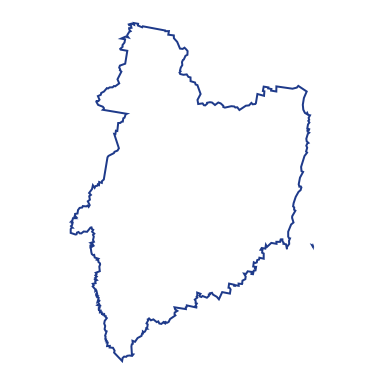 Clarence Valley, New South Wales, Australia (Robinson projection)
{"feature_id": "25037944B11916296746250", "entity_name": "Clarence Valley", "entity_type": "district", "adm_level": 2, "iso_a3": "AUS", "parent_name": "Australia", "parent_adm1": "New South Wales", "projection": "robinson", "projection_center": [152.635, -29.694], "detail": "fine", "context": "isolated", "style": "outline", "palette": "blue", "viewbox_px": 384, "rotation_deg": 0, "n_neighbors": 0, "source": "geoboundaries", "source_scale": "gbopen_adm2", "svg_char_len": 5912}
<svg xmlns="http://www.w3.org/2000/svg" viewBox="0 0 384 384"><path d="M122.1,361.0L122.6,358.0L124.1,356.6L126.3,356.8L127.2,355.8L129.5,355.5L132.1,355.9L133.3,354.4L131.9,354.2L131.4,346.4L131.8,344.3L132.8,343.8L132.5,340.8L135.0,341.8L137.6,338.0L141.5,335.9L142.1,333.5L142.9,333.5L142.9,331.5L143.9,332.2L145.0,331.5L146.3,328.9L147.2,328.8L146.3,328.0L147.3,327.1L147.7,324.4L146.5,323.4L148.1,320.5L147.8,319.5L149.2,319.1L148.4,317.8L150.9,320.3L153.4,319.4L156.7,322.1L158.3,321.4L159.3,323.5L161.4,323.9L163.7,321.9L164.3,322.1L163.8,322.8L165.3,323.5L165.8,322.1L167.0,322.8L168.6,322.0L170.1,319.0L175.4,315.4L174.5,314.2L174.7,312.5L177.3,310.9L175.2,309.5L174.5,307.3L185.9,309.1L185.8,307.3L186.7,306.8L186.8,305.4L196.3,307.5L196.4,306.6L195.4,305.9L196.8,303.5L195.6,303.0L195.7,301.1L194.8,299.6L197.3,297.6L196.6,296.7L197.3,295.6L197.2,292.6L200.5,293.8L199.4,295.7L199.9,296.5L201.4,297.0L202.5,296.0L206.9,297.7L208.9,295.9L208.8,294.5L210.1,294.3L209.9,293.3L212.0,292.8L213.0,294.6L216.8,296.8L218.9,299.3L222.2,292.1L229.9,293.6L230.6,289.4L229.6,287.9L228.5,287.7L229.1,283.6L234.1,284.7L234.0,285.7L234.9,285.9L235.0,285.1L238.7,285.8L238.6,283.6L242.8,284.1L242.1,283.6L242.5,280.6L245.3,279.2L245.7,276.6L244.0,273.6L246.0,273.9L247.7,271.3L251.7,271.9L251.4,274.0L253.0,274.2L253.7,270.7L255.5,270.4L256.0,267.3L255.0,267.8L255.1,266.8L253.2,266.5L253.8,262.3L255.2,263.0L256.8,262.4L257.2,260.1L259.1,259.5L259.4,257.7L263.7,258.7L263.7,253.5L262.1,252.7L262.4,250.0L260.6,249.8L261.7,248.0L265.3,248.6L265.9,244.9L267.0,246.9L271.3,242.9L276.5,243.8L276.4,241.8L280.0,241.9L280.7,239.4L281.7,239.3L282.4,239.3L282.5,241.5L283.6,242.6L283.4,243.8L286.0,244.3L287.0,249.3L286.9,247.1L289.2,243.9L289.0,240.8L290.0,238.4L289.0,238.2L288.2,236.6L288.2,231.7L291.1,224.5L293.5,222.5L292.1,217.9L292.2,216.2L295.4,210.7L294.1,209.7L294.2,207.4L293.1,206.4L293.6,203.2L295.7,196.9L298.5,191.9L300.6,190.1L301.4,187.4L300.7,186.4L299.4,186.7L298.7,184.3L300.0,177.6L303.1,171.9L301.5,171.1L301.1,166.9L304.5,156.0L307.1,152.6L306.1,151.5L307.2,147.7L306.3,145.7L307.4,143.3L308.4,142.9L306.7,141.3L306.3,138.8L307.8,133.9L309.2,132.7L307.6,131.6L307.4,130.4L308.9,130.0L309.2,129.2L307.3,128.4L308.0,124.4L309.4,122.5L308.3,120.9L309.2,119.8L308.6,117.9L310.0,115.3L308.1,114.9L307.2,112.9L306.6,113.9L304.9,112.9L303.3,109.7L302.8,104.8L303.9,98.0L306.7,91.5L298.3,85.9L296.8,87.6L292.5,88.7L276.4,86.4L276.3,91.5L271.1,90.6L271.4,89.0L268.2,88.4L268.4,87.4L263.7,86.6L262.9,91.0L264.4,91.3L264.0,95.8L257.4,94.0L255.9,103.2L255.3,104.0L252.7,104.3L251.4,102.9L249.0,105.4L245.9,105.7L239.4,110.0L237.3,107.3L235.3,107.5L234.3,106.5L231.3,106.2L224.9,107.6L223.3,107.0L223.3,105.8L220.7,103.4L218.3,102.5L215.0,105.0L212.0,102.5L209.9,102.2L207.1,102.8L207.1,103.7L205.2,105.4L203.9,105.2L202.6,103.4L198.2,104.0L197.5,99.9L200.6,94.0L197.4,85.1L195.6,84.5L195.0,82.5L190.6,81.2L190.5,77.4L188.4,76.9L186.7,74.4L183.4,74.8L180.2,74.0L179.5,72.5L180.6,71.3L180.0,70.5L180.8,67.5L182.3,65.1L182.0,62.1L182.9,60.0L183.8,59.5L185.5,55.8L187.4,54.8L187.6,51.1L186.4,49.6L184.5,47.7L182.7,48.9L180.0,48.6L177.2,41.9L173.9,38.2L173.8,35.4L168.3,34.7L168.9,31.1L165.3,31.2L165.2,30.5L142.8,26.3L142.2,27.3L137.9,25.5L138.1,23.8L133.6,23.0L134.0,24.7L131.6,23.6L128.8,24.4L129.2,25.2L130.9,25.4L131.5,27.8L129.1,28.2L129.3,29.7L130.6,31.2L129.3,31.8L127.4,34.8L127.1,35.8L128.3,37.4L125.6,36.6L121.1,38.6L125.1,39.3L124.5,42.5L122.5,45.1L122.6,46.8L120.2,48.9L120.6,49.6L127.3,50.8L125.2,63.7L119.9,65.6L119.2,67.6L120.2,69.4L119.9,70.2L121.4,71.6L117.5,79.3L119.2,83.4L115.2,86.3L114.0,86.0L112.6,87.3L109.6,87.4L108.0,88.5L106.9,88.1L104.0,91.5L101.2,93.0L100.8,94.8L97.9,96.1L99.5,99.7L98.4,101.1L96.6,101.0L96.3,101.7L98.1,104.9L102.8,106.7L103.8,107.9L103.9,108.9L102.9,109.8L126.8,113.8L125.7,114.3L124.5,117.7L123.3,118.3L122.8,121.6L121.6,121.7L120.4,122.9L118.2,123.0L117.3,131.0L115.9,130.7L115.4,134.1L114.2,133.9L118.9,148.3L117.5,150.6L114.5,151.8L113.9,153.1L108.5,155.9L107.5,157.3L103.8,179.5L102.0,181.1L101.8,182.9L99.2,182.0L99.0,185.0L97.8,184.4L97.5,185.7L95.5,186.1L94.6,187.8L92.9,185.3L92.0,189.1L89.1,193.0L90.9,194.9L89.2,196.2L89.9,199.7L87.8,201.3L89.7,205.1L88.6,206.9L87.6,205.6L86.3,206.4L82.8,206.1L82.2,207.5L79.6,207.9L78.0,210.1L77.5,213.5L75.1,213.9L75.0,215.8L75.8,216.7L74.5,216.5L74.3,217.2L75.6,218.2L73.0,218.2L72.3,220.5L71.1,221.7L72.2,221.8L71.9,222.8L72.6,222.9L72.1,225.0L71.0,226.1L72.5,227.7L71.6,227.7L70.7,229.1L70.7,232.9L75.4,234.5L76.5,234.3L77.0,232.6L78.5,232.0L79.7,233.3L81.3,233.4L83.7,231.5L87.1,231.8L90.5,227.6L91.5,227.4L92.0,229.1L93.2,229.8L92.1,231.7L94.3,233.7L93.0,234.9L93.8,236.7L93.0,240.0L93.9,241.8L90.6,242.9L92.5,244.1L90.4,245.4L90.4,246.6L92.5,244.9L93.5,245.8L90.7,247.5L91.3,252.0L91.8,254.0L93.2,255.2L94.2,254.9L94.7,257.5L98.3,258.7L96.9,259.8L98.3,260.3L98.4,261.9L100.0,263.4L100.1,264.6L99.3,266.6L99.8,271.2L95.7,272.8L96.6,274.0L95.4,275.4L96.8,276.5L95.1,278.0L96.7,279.9L95.3,279.9L95.9,280.7L95.2,281.3L95.6,283.2L92.8,283.8L93.7,285.3L92.7,286.4L95.3,289.4L95.3,290.5L95.9,289.8L96.4,290.6L97.2,294.0L96.1,294.2L96.2,295.5L97.8,296.0L96.4,297.6L97.5,297.0L98.7,297.8L97.8,300.9L98.6,300.1L100.1,301.0L98.6,300.8L98.1,302.3L99.0,303.8L97.4,305.1L98.7,305.5L99.4,304.7L100.2,305.7L99.3,306.2L99.7,307.0L99.0,307.6L99.4,308.1L98.7,308.9L98.9,310.1L99.9,310.3L99.9,312.0L100.6,311.5L100.5,312.3L101.7,312.3L101.9,313.9L102.7,313.7L103.1,314.7L104.2,314.2L104.5,315.8L105.7,316.2L105.5,316.8L106.8,318.1L104.7,320.9L104.2,323.5L105.2,326.0L104.6,329.1L105.6,330.9L106.6,331.3L105.1,335.8L105.6,336.7L105.3,338.9L106.1,339.3L105.8,340.7L106.9,341.1L106.6,342.5L107.7,342.6L107.1,346.1L109.8,345.9L109.6,347.5L113.0,347.8L114.6,350.7L114.1,352.6L122.1,361.0ZM312.1,245.3L312.8,246.5L312.8,245.6L312.1,245.3ZM312.8,246.6L313.3,247.6L312.9,246.3L312.8,246.6Z" fill="none" stroke="#1e3a8a" stroke-width="2"/></svg>